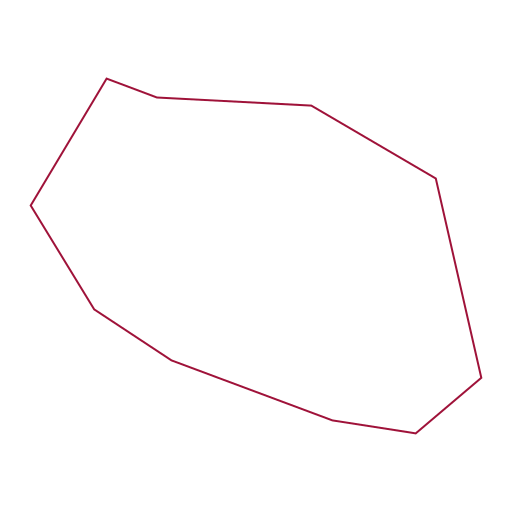 an SVG outline of Kobilje
{"feature_id": "SVN-1043", "entity_name": "Kobilje", "entity_type": "Municipality", "adm_level": 1, "iso_a3": "SVN", "parent_name": "Slovenia", "parent_adm1": "", "projection": "natural_earth1", "projection_center": [16.381, 46.68], "detail": "fine", "context": "isolated", "style": "outline", "palette": "rose", "viewbox_px": 512, "rotation_deg": 0, "n_neighbors": 0, "source": "natural_earth", "source_scale": "10m", "svg_char_len": 287}
<svg xmlns="http://www.w3.org/2000/svg" viewBox="0 0 512 512"><path d="M113.5,81.2L156.9,97.5L311.3,105.6L435.8,178.5L481.3,377.8L415.7,433.4L409.6,432.4L332.4,420.4L171.5,360.4L94.2,309.4L30.7,205.5L94.6,98.7L106.6,78.6L113.5,81.2Z" fill="none" stroke="#9f1239" stroke-width="2"/></svg>